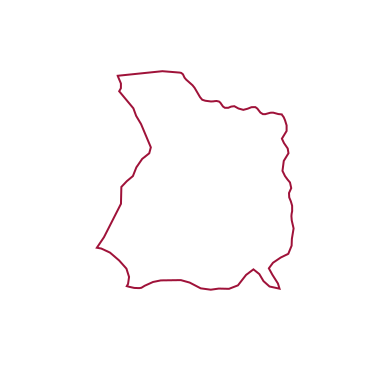 an SVG outline of Séno, rotated 304°
{"feature_id": "BFA-2876", "entity_name": "Séno", "entity_type": "Province", "adm_level": 1, "iso_a3": "BFA", "parent_name": "Burkina Faso", "parent_adm1": "", "projection": "equal_earth", "projection_center": [0.057, 13.966], "detail": "fine", "context": "isolated", "style": "outline", "palette": "rose", "viewbox_px": 384, "rotation_deg": 304, "n_neighbors": 0, "source": "natural_earth", "source_scale": "10m", "svg_char_len": 1500}
<svg xmlns="http://www.w3.org/2000/svg" viewBox="0 0 384 384"><g transform="rotate(304 192 192)"><path d="M246.8,65.4L275.6,99.9L284.1,115.0L284.7,116.5L284.5,118.7L282.6,121.9L281.9,124.4L280.8,132.7L279.8,135.9L275.1,145.7L274.2,148.9L275.1,152.0L277.6,157.0L278.9,158.8L280.1,160.1L281.2,161.5L282.1,163.8L281.9,165.5L280.2,169.9L280.2,172.2L282.1,175.0L284.7,176.7L286.8,179.1L287.2,183.8L288.8,188.6L292.1,191.5L295.6,193.9L297.8,197.1L297.7,199.5L296.1,204.3L296.2,207.2L297.4,209.1L301.6,212.7L303.2,215.0L304.9,220.0L306.5,223.0L306.4,223.1L305.3,226.2L303.5,229.0L300.1,233.2L295.5,236.3L286.5,236.7L284.0,240.9L281.6,247.0L278.1,250.3L269.1,250.7L260.1,255.2L257.2,260.2L255.8,264.1L254.7,267.9L250.7,272.1L245.4,273.0L241.9,275.6L239.5,279.2L236.6,282.7L232.2,285.7L229.6,286.8L227.6,287.9L224.2,290.6L218.6,296.6L209.0,301.0L203.2,304.6L194.6,306.4L187.3,302.2L178.6,298.7L171.7,298.4L168.4,304.8L164.2,314.4L160.8,318.6L157.0,309.1L158.1,301.1L161.6,293.7L162.2,286.2L153.5,283.2L140.3,282.3L132.4,276.8L126.9,268.2L121.5,262.2L117.0,253.1L115.6,240.7L112.7,232.0L101.3,215.6L95.6,210.0L87.8,205.2L84.3,203.6L82.8,202.0L80.2,197.8L78.3,193.0L77.5,190.6L80.0,190.4L86.4,187.3L91.8,180.5L94.5,169.9L95.9,157.9L94.4,148.4L92.6,144.3L105.3,144.3L142.5,139.7L156.7,130.6L164.5,131.9L172.2,134.1L181.3,132.1L191.6,132.2L200.2,134.9L206.0,132.9L219.8,111.8L223.9,103.1L228.6,96.6L234.8,75.3L238.3,75.0L242.2,72.4L246.7,65.5L246.8,65.4Z" fill="none" stroke="#9f1239" stroke-width="2"/></g></svg>